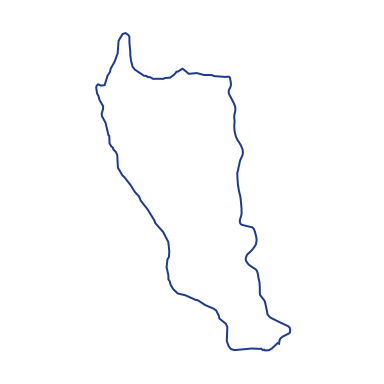 El Jícaro, El Progreso, Guatemala, rotated 86°
{"feature_id": "79465075B65572825799154", "entity_name": "El Jícaro", "entity_type": "district", "adm_level": 2, "iso_a3": "GTM", "parent_name": "Guatemala", "parent_adm1": "El Progreso", "projection": "mercator", "projection_center": [-89.909, 14.889], "detail": "fine", "context": "isolated", "style": "outline", "palette": "blue", "viewbox_px": 384, "rotation_deg": 86, "n_neighbors": 0, "source": "geoboundaries", "source_scale": "gbopen_adm2", "svg_char_len": 3297}
<svg xmlns="http://www.w3.org/2000/svg" viewBox="0 0 384 384"><g transform="rotate(86 192 192)"><path d="M349.4,115.7L348.2,115.5L347.4,115.3L346.3,115.1L345.0,114.5L344.1,113.8L343.5,113.0L342.6,111.7L340.4,106.4L339.7,104.8L338.6,104.0L336.8,103.7L336.0,103.7L334.0,104.1L332.7,105.3L327.1,115.2L323.0,122.2L321.6,123.6L320.8,124.2L319.5,125.1L318.2,125.4L316.8,125.4L315.4,125.6L314.4,125.8L311.5,126.2L309.2,126.5L307.3,126.8L306.4,127.0L305.2,127.4L304.2,128.1L300.7,130.5L299.6,131.2L298.4,131.4L295.4,131.3L293.5,131.1L291.9,131.0L287.7,131.0L286.4,131.0L284.6,131.3L281.5,131.8L280.2,131.8L276.9,132.3L274.9,132.9L273.8,133.7L272.8,134.9L271.5,136.7L270.1,138.5L269.0,139.8L268.3,140.5L267.0,141.5L265.9,142.1L264.4,142.9L263.1,143.1L262.0,143.0L260.5,142.5L258.9,141.7L257.8,140.7L255.3,137.6L254.1,136.3L252.9,135.1L251.2,133.7L249.9,132.7L248.8,132.0L247.3,131.5L245.1,131.0L242.9,130.9L241.4,131.0L238.7,131.5L236.9,131.8L234.8,132.3L233.1,133.0L231.5,134.2L231.3,135.0L229.1,141.9L228.3,144.3L227.6,145.4L226.7,146.0L225.5,146.3L223.9,146.3L222.5,145.9L221.4,145.5L219.7,144.8L217.4,144.1L216.0,144.0L215.0,143.9L213.7,143.9L211.7,143.7L209.4,143.8L207.1,143.8L204.9,143.9L202.8,143.9L200.1,144.1L198.8,144.3L195.9,144.8L193.0,145.2L190.8,145.4L188.7,145.6L187.1,145.7L185.8,145.7L181.4,145.7L178.5,145.6L177.0,145.6L175.8,145.4L174.5,144.9L172.5,144.3L170.9,143.9L167.3,142.8L165.7,142.4L164.3,141.9L163.3,141.5L161.5,140.5L160.0,139.7L158.8,139.1L157.5,138.7L156.0,138.5L155.0,138.5L154.0,138.5L152.0,138.9L148.9,140.0L147.3,140.8L145.8,141.5L144.1,142.6L142.4,143.4L139.8,144.3L138.0,144.7L133.8,145.3L131.4,145.3L129.7,145.3L127.7,145.1L126.1,144.8L124.5,144.6L123.1,144.6L121.0,144.7L119.2,144.6L116.6,144.0L115.6,143.6L114.2,143.2L113.2,143.0L112.3,142.9L110.6,143.0L109.6,143.0L108.3,143.4L107.0,143.9L106.1,144.2L102.1,145.9L97.8,147.8L96.3,148.3L94.8,148.5L93.6,148.3L91.9,147.6L90.5,146.6L89.7,146.3L88.5,145.8L87.1,145.6L85.6,145.7L84.6,145.7L83.5,145.9L82.4,146.0L80.9,146.1L79.7,146.8L79.5,147.9L79.5,149.1L79.6,150.0L78.0,161.5L76.7,164.4L76.1,171.9L73.7,178.9L73.9,186.9L68.3,192.8L70.9,197.7L70.9,199.1L72.1,200.0L74.0,202.0L76.4,205.9L76.4,211.0L77.1,212.6L76.4,222.9L74.5,225.9L74.2,228.2L72.9,229.5L72.7,231.8L66.0,240.4L63.0,242.5L56.6,243.7L50.6,244.0L48.4,243.8L38.2,244.0L33.1,243.6L31.0,244.5L28.8,247.3L29.6,250.3L36.1,254.7L48.6,256.5L56.9,260.3L63.2,264.5L66.6,265.5L70.2,268.2L79.3,271.7L79.5,275.4L78.0,278.2L79.5,279.8L81.2,280.3L87.2,279.8L89.7,278.6L93.6,277.9L100.1,274.7L103.3,275.0L107.2,276.6L109.9,276.6L117.0,273.4L129.3,271.4L130.4,270.6L137.7,270.9L140.9,269.3L142.4,267.7L143.8,267.6L147.1,265.0L150.1,264.0L162.6,264.2L170.5,260.3L172.5,258.4L180.7,252.9L188.3,248.8L192.6,245.2L197.1,243.7L206.6,237.3L217.8,231.5L220.6,230.7L230.0,223.5L240.3,219.1L249.6,218.8L255.1,219.5L257.6,221.2L265.3,222.6L273.1,221.4L277.7,221.6L278.8,220.7L283.7,219.6L287.7,217.4L292.2,213.4L294.5,206.0L300.1,195.5L300.2,194.1L301.7,192.0L305.7,186.8L309.9,178.5L312.0,176.1L317.4,173.9L320.2,173.5L325.7,167.5L329.3,166.2L343.1,167.7L348.3,166.2L351.3,164.2L352.7,160.7L352.3,143.7L353.2,135.1L353.1,133.9L354.5,132.6L354.3,131.1L355.1,130.4L355.2,126.2L353.5,123.0L349.6,118.2L348.7,117.2L349.4,115.7Z" fill="none" stroke="#1e3a8a" stroke-width="2"/></g></svg>